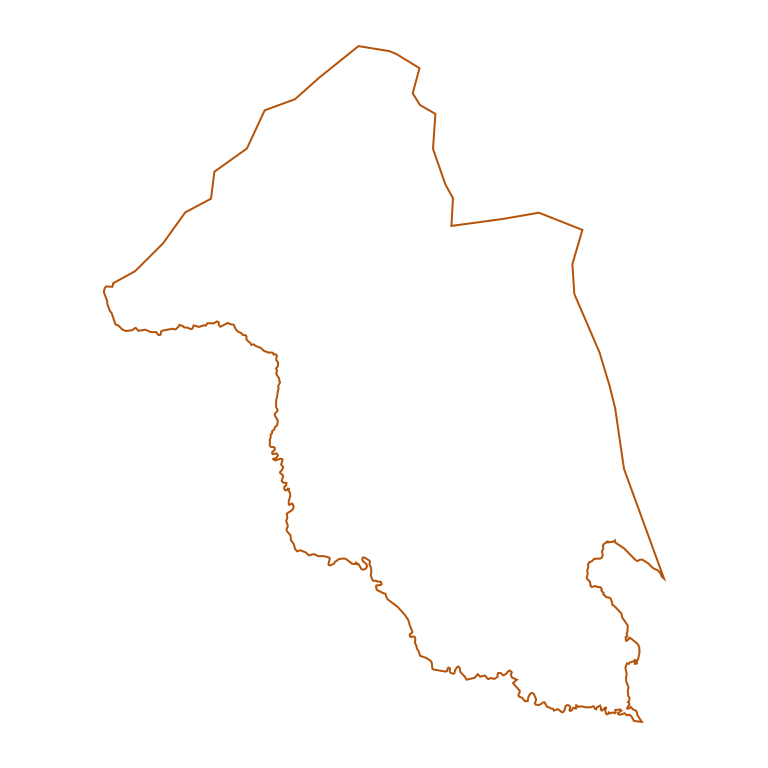 Myangad, Hovd, Mongolia (Mercator projection)
{"feature_id": "93677404B16337473232636", "entity_name": "Myangad", "entity_type": "district", "adm_level": 2, "iso_a3": "MNG", "parent_name": "Mongolia", "parent_adm1": "Hovd", "projection": "mercator", "projection_center": [91.966, 48.561], "detail": "fine", "context": "isolated", "style": "outline", "palette": "amber", "viewbox_px": 768, "rotation_deg": 0, "n_neighbors": 0, "source": "geoboundaries", "source_scale": "gbopen_adm2", "svg_char_len": 6120}
<svg xmlns="http://www.w3.org/2000/svg" viewBox="0 0 768 768"><path d="M664.0,578.6L624.0,468.9L615.1,407.9L609.6,385.9L599.5,352.4L574.3,293.9L572.4,264.1L582.4,229.9L538.8,212.7L503.1,218.9L451.4,225.9L453.0,198.3L445.4,184.5L433.0,148.9L435.4,113.9L420.0,105.0L412.7,93.3L419.5,68.2L396.3,54.0L389.6,51.2L358.5,46.1L319.6,77.3L295.0,99.2L264.7,110.3L246.9,148.5L214.4,171.7L211.0,198.7L185.3,212.3L163.0,243.4L135.2,271.1L112.9,283.4L113.0,284.9L112.3,286.8L106.2,286.4L104.8,288.1L104.0,290.9L104.0,292.4L107.0,300.6L107.4,304.1L109.8,310.9L111.7,313.2L115.2,323.8L116.0,324.8L118.3,325.4L122.0,329.2L124.5,330.5L126.1,331.0L132.2,330.2L135.1,328.0L136.1,328.2L138.4,330.8L145.5,329.7L150.7,332.1L156.3,332.1L158.3,334.9L159.4,335.0L160.6,334.7L161.1,331.5L163.0,330.5L173.0,328.7L174.5,329.4L175.8,329.2L178.8,326.4L179.4,324.9L182.7,325.9L184.1,327.5L187.4,327.6L190.5,329.1L192.3,328.7L193.7,325.4L198.9,326.9L204.3,325.2L205.7,325.7L207.5,323.2L213.6,323.4L216.9,321.4L218.7,322.3L218.9,325.3L220.5,326.7L227.8,322.9L229.9,324.1L233.8,324.8L235.7,329.1L237.7,331.5L241.1,333.0L243.0,335.0L245.8,335.3L246.5,336.6L246.3,338.4L246.8,340.0L250.3,343.0L251.2,344.8L253.8,344.4L255.8,346.0L260.7,347.9L264.1,351.0L268.7,352.6L271.9,352.5L273.0,353.1L273.6,354.5L275.0,354.2L276.5,355.0L277.0,356.0L276.4,357.1L276.3,360.2L278.1,362.5L277.9,366.1L276.0,368.5L277.1,370.7L276.3,373.2L276.7,374.7L279.1,378.4L279.4,381.2L280.1,382.3L278.1,386.4L278.6,388.7L277.8,391.0L277.2,396.3L276.2,400.0L276.1,407.1L277.6,410.0L277.5,411.0L274.7,413.9L275.0,415.8L277.6,420.0L277.6,422.3L277.1,425.4L274.8,427.2L274.3,429.5L272.2,431.0L272.0,433.3L270.6,434.5L270.7,437.2L269.7,440.2L270.0,442.0L269.6,445.1L270.8,446.9L273.8,447.1L274.8,447.8L274.9,449.0L274.5,450.2L272.2,452.1L272.1,453.1L272.7,454.1L276.4,453.4L277.9,455.0L277.6,456.1L276.5,457.7L275.5,458.5L273.5,458.6L273.2,459.2L275.2,460.4L280.6,458.7L282.1,459.0L282.6,459.8L281.1,464.6L283.0,466.7L283.1,467.8L281.3,471.0L280.2,471.8L280.0,472.8L283.0,475.4L283.1,476.6L281.7,480.7L282.9,482.5L286.5,483.0L286.0,485.7L284.4,486.5L284.2,488.2L284.7,489.9L286.5,490.4L288.0,488.6L288.9,488.9L288.7,490.7L290.1,493.1L290.2,496.2L288.7,501.2L288.8,504.6L289.7,504.8L292.0,503.5L292.6,504.0L293.7,506.6L293.3,508.2L292.1,510.1L286.8,513.6L287.3,517.9L286.2,521.1L287.8,525.4L287.7,526.8L286.6,529.0L286.7,530.8L290.5,535.4L291.0,540.2L293.9,544.3L295.0,548.8L297.1,551.3L300.3,550.3L305.7,552.4L309.0,555.4L313.2,554.2L314.9,554.4L318.1,556.1L323.9,556.1L328.8,557.4L329.8,558.6L328.5,564.0L328.7,565.0L329.9,565.5L333.8,563.8L335.0,561.9L339.1,559.0L343.7,558.5L346.0,559.0L352.0,563.7L356.9,564.2L356.4,563.0L357.8,563.7L358.8,564.5L361.5,569.2L363.1,569.6L364.7,569.3L366.5,567.8L367.0,565.9L366.4,564.1L363.1,561.4L362.3,559.7L362.6,558.0L363.4,557.4L364.8,557.7L369.4,560.6L370.0,561.6L369.5,564.0L369.7,565.2L370.7,566.8L371.2,568.9L371.3,572.3L370.7,575.0L372.4,579.9L373.8,581.0L375.9,580.7L377.7,581.7L380.6,581.6L381.2,582.4L381.6,584.2L381.0,584.9L376.4,585.5L376.0,586.1L376.6,589.5L378.9,591.3L380.3,591.3L382.2,592.8L385.4,593.7L386.5,597.3L387.8,599.5L397.7,606.9L405.0,615.1L408.4,620.2L409.7,625.1L412.4,631.8L412.0,632.9L410.0,634.1L409.6,635.7L410.6,637.0L413.6,636.5L414.8,637.1L415.3,639.1L415.0,642.7L416.7,646.8L416.7,648.2L418.8,651.6L420.1,655.8L425.9,657.8L430.5,660.7L431.7,662.4L432.4,668.9L433.5,669.5L445.6,671.6L446.8,671.2L447.9,668.1L448.6,667.6L449.9,668.4L449.7,671.5L450.5,672.8L453.2,673.8L454.3,673.3L455.2,669.9L457.2,667.1L458.3,666.5L459.5,667.5L460.4,672.0L464.8,676.7L466.6,679.7L474.6,677.8L477.8,674.2L480.2,676.7L484.9,675.5L488.2,679.2L490.8,678.0L494.3,678.9L497.6,676.9L497.6,674.1L498.3,672.9L500.8,673.1L503.3,675.4L506.2,673.8L508.2,671.3L509.9,670.6L511.8,672.3L510.9,674.8L511.9,677.5L516.9,679.8L513.2,682.8L513.2,683.4L519.7,690.7L519.7,692.4L518.7,694.0L518.5,695.7L519.5,696.8L522.1,697.8L524.9,701.1L527.7,701.1L528.3,697.3L529.6,694.6L531.3,693.0L532.5,693.1L533.7,693.7L536.0,699.0L535.9,700.6L534.8,703.2L535.4,704.4L538.2,705.2L541.1,704.0L542.6,702.6L544.5,702.3L547.1,706.9L548.9,707.2L551.1,708.6L552.9,708.7L553.9,710.6L557.9,709.1L561.9,712.3L563.2,712.1L564.5,710.3L565.7,705.9L567.3,705.1L568.8,705.3L570.2,706.8L570.3,707.7L569.4,710.0L570.2,711.0L571.8,710.2L573.2,707.8L575.8,708.6L576.2,705.3L577.1,705.7L577.8,706.8L582.1,706.4L585.6,707.3L590.9,707.3L593.1,706.2L594.0,706.8L595.0,708.8L596.0,709.3L597.1,707.2L600.1,705.6L601.0,707.9L601.0,709.8L601.6,710.5L602.1,710.6L605.0,707.7L606.0,707.6L606.2,708.0L605.2,710.0L605.9,713.2L606.9,714.4L608.0,714.0L608.9,712.4L610.4,713.4L612.8,712.4L614.7,713.2L615.8,712.4L615.2,710.0L620.3,709.5L621.4,710.6L618.1,713.1L618.1,714.1L620.6,714.7L624.6,713.2L626.9,715.3L629.3,714.7L631.4,716.3L633.9,720.9L641.8,721.9L637.2,714.8L637.1,712.8L636.1,710.8L632.8,709.3L631.1,707.1L627.9,708.8L627.2,708.6L627.9,706.4L629.4,705.0L629.0,702.8L627.9,702.1L629.3,700.4L629.5,697.7L628.2,695.9L627.8,690.3L628.4,688.3L628.4,686.9L626.2,681.4L626.0,677.5L626.7,674.6L625.4,667.8L627.0,663.3L629.0,663.8L629.7,662.5L633.1,661.5L635.0,659.8L635.4,660.1L634.7,662.1L634.8,663.8L636.3,663.8L637.1,663.0L636.9,662.1L635.7,662.6L635.5,662.1L638.0,659.7L639.5,652.8L639.3,647.6L638.3,645.0L636.6,643.0L630.0,637.8L628.5,638.1L628.7,639.2L627.0,640.7L626.0,640.7L625.6,637.1L627.3,635.8L626.7,633.5L627.4,631.5L627.8,625.7L621.9,616.9L621.7,614.1L620.9,612.9L613.9,605.6L612.2,604.7L612.1,602.5L610.7,598.6L609.8,597.8L605.8,597.0L605.1,595.7L603.6,594.8L603.3,593.9L603.7,593.0L601.3,590.5L601.8,589.2L600.6,587.3L597.5,587.0L595.6,586.0L591.7,587.0L590.4,585.5L590.6,584.9L589.8,581.5L587.2,579.0L586.9,577.9L587.7,573.4L587.2,570.7L588.4,566.8L587.9,565.0L588.9,562.5L591.7,561.3L594.3,558.8L599.9,558.6L601.6,557.9L602.7,555.8L602.0,551.1L603.4,548.5L602.9,545.8L603.7,544.2L607.4,541.4L607.8,541.5L607.7,542.4L609.6,542.2L613.6,541.6L614.8,540.6L614.8,541.4L614.3,541.8L624.2,548.5L635.9,560.4L637.9,561.0L639.2,560.0L642.0,559.5L648.5,563.5L650.5,565.8L654.1,568.8L657.5,570.1L660.2,572.9L661.9,576.8L664.0,578.6Z" fill="none" stroke="#b45309" stroke-width="2"/></svg>